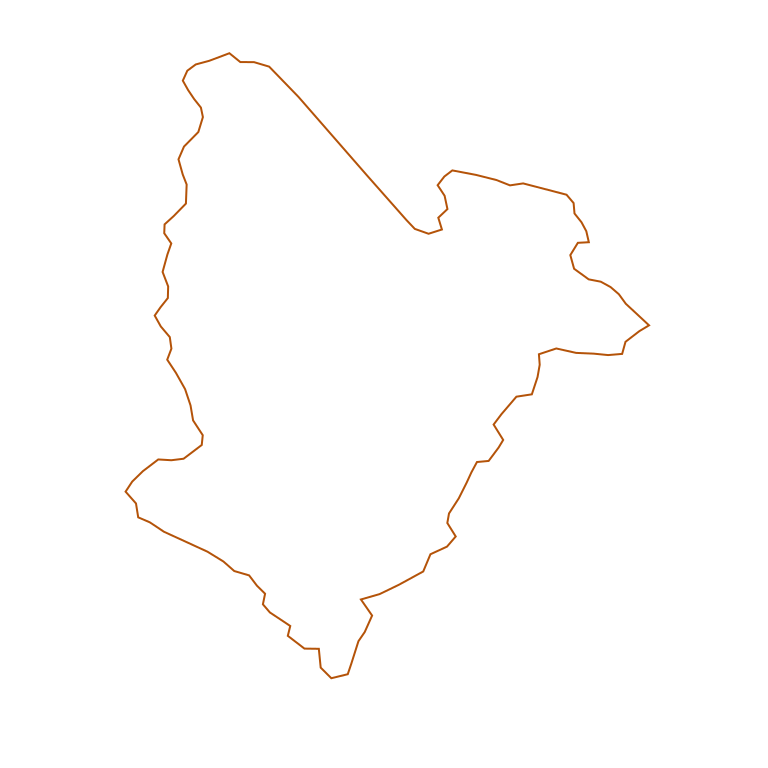 outline of Pedra Bela, São Paulo, Brazil, rotated 100°
{"feature_id": "56859067B20014671939660", "entity_name": "Pedra Bela", "entity_type": "district", "adm_level": 2, "iso_a3": "BRA", "parent_name": "Brazil", "parent_adm1": "São Paulo", "projection": "equal_earth", "projection_center": [-46.441, -22.765], "detail": "fine", "context": "isolated", "style": "outline", "palette": "amber", "viewbox_px": 768, "rotation_deg": 100, "n_neighbors": 0, "source": "geoboundaries", "source_scale": "gbopen_adm2", "svg_char_len": 1721}
<svg xmlns="http://www.w3.org/2000/svg" viewBox="0 0 768 768"><g transform="rotate(100 384 384)"><path d="M682.9,384.8L676.1,369.3L664.9,367.6L641.7,364.5L631.6,359.9L614.1,355.5L600.2,369.3L591.7,351.9L579.3,334.7L561.8,312.8L543.6,308.7L533.2,293.7L521.7,286.9L509.9,297.5L500.2,297.5L483.6,290.5L466.9,285.5L455.9,282.6L444.7,278.9L441.6,267.6L426.7,260.1L418.4,256.9L404.9,269.0L393.5,263.2L373.5,251.4L368.5,236.6L350.5,234.0L338.0,234.0L327.8,236.6L319.1,220.5L320.0,200.2L317.7,182.8L316.6,168.3L313.0,154.7L300.5,153.5L287.6,141.7L280.2,133.2L269.5,149.7L263.0,159.8L254.8,168.3L249.2,177.7L245.6,188.3L245.4,200.6L237.5,216.8L224.7,222.9L211.3,217.6L208.8,206.9L198.4,211.3L190.4,217.6L183.0,226.0L172.9,228.7L165.9,237.1L162.3,281.8L166.5,294.4L163.6,308.7L162.1,329.7L161.8,353.8L169.2,360.6L178.9,365.7L188.1,357.0L200.7,351.9L210.8,359.4L221.8,353.8L228.3,366.2L225.9,380.6L218.7,390.3L181.6,436.9L116.1,518.1L91.4,552.2L89.6,567.9L91.9,581.4L85.1,593.7L96.1,612.3L102.0,624.9L109.6,632.1L120.2,634.8L128.5,628.0L136.3,620.5L143.6,612.3L152.6,608.7L168.1,610.6L184.9,622.2L198.4,625.4L212.6,618.6L221.8,613.0L240.7,610.4L255.2,620.3L264.9,627.8L273.7,626.6L282.5,617.9L294.1,619.8L312.1,621.5L325.4,613.5L336.9,611.8L347.2,617.4L356.4,621.7L366.1,613.8L375.0,603.1L386.1,599.5L397.7,601.7L409.2,590.8L423.6,579.0L438.7,570.8L453.0,565.7L465.9,553.6L475.7,552.9L492.4,568.4L496.0,580.2L497.5,593.2L511.7,606.3L523.8,615.0L534.9,619.8L544.7,607.5L558.0,602.9L560.9,590.6L567.7,575.1L579.8,528.7L586.7,511.3L594.2,499.0L595.9,483.6L604.7,474.1L611.2,464.7L622.0,465.0L628.8,456.7L638.6,434.3L648.7,435.0L658.4,416.4L656.1,402.2L674.3,397.1L682.9,384.8Z" fill="none" stroke="#b45309" stroke-width="2"/></g></svg>